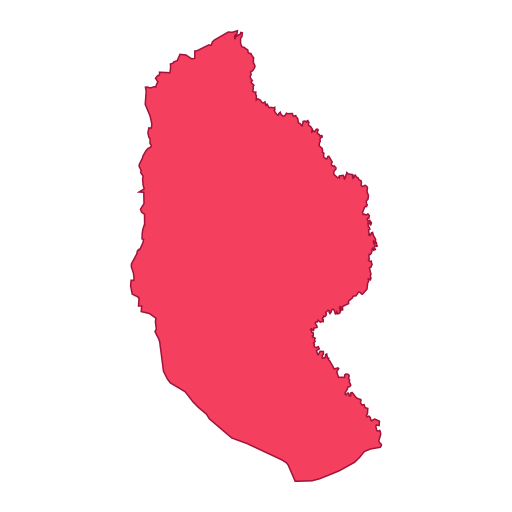 Na Pho, Buri Ram, Thailand (Equal Earth projection)
{"feature_id": "78962969B90341089131136", "entity_name": "Na Pho", "entity_type": "district", "adm_level": 2, "iso_a3": "THA", "parent_name": "Thailand", "parent_adm1": "Buri Ram", "projection": "equal_earth", "projection_center": [102.972, 15.699], "detail": "fine", "context": "isolated", "style": "filled", "palette": "rose", "viewbox_px": 512, "rotation_deg": 0, "n_neighbors": 0, "source": "geoboundaries", "source_scale": "gbopen_adm2", "svg_char_len": 6052}
<svg xmlns="http://www.w3.org/2000/svg" viewBox="0 0 512 512"><path d="M237.4,30.7L232.2,32.3L228.3,32.0L214.4,40.0L212.5,41.7L211.2,45.3L208.8,44.9L196.7,50.9L194.8,51.0L194.8,58.0L193.9,58.7L191.3,58.6L186.0,55.0L180.0,54.3L177.2,60.7L173.8,61.9L172.8,63.3L170.4,64.0L170.6,67.1L170.0,72.7L159.5,72.2L159.6,74.1L159.1,75.1L157.5,75.8L155.5,78.2L157.9,82.0L156.5,84.3L155.9,86.9L154.8,86.6L150.2,87.9L147.1,87.0L145.4,87.2L146.2,91.2L145.2,104.3L150.1,116.1L151.8,123.9L151.4,128.1L148.8,127.9L147.9,133.0L148.9,137.3L150.1,139.0L150.0,143.5L151.4,145.4L150.8,147.1L148.3,148.2L146.1,150.5L143.1,155.7L142.3,158.3L139.3,164.4L139.1,166.4L141.1,170.2L140.7,172.7L143.1,176.1L142.6,178.6L143.1,185.1L144.2,188.9L139.1,192.0L143.8,192.3L144.0,203.6L140.5,209.2L141.6,212.2L144.5,214.3L144.6,225.2L144.2,225.1L142.8,229.4L142.2,233.5L142.0,238.9L143.6,239.4L142.9,242.8L140.5,248.1L139.4,249.8L138.9,249.4L137.5,250.7L136.7,254.1L131.4,263.9L131.3,266.7L133.4,273.1L134.0,277.6L133.8,280.4L131.1,280.2L130.6,285.7L132.2,294.1L138.6,297.3L138.4,297.8L139.1,298.2L138.5,306.0L141.7,306.0L141.2,311.6L149.4,313.5L156.0,318.3L155.4,321.5L156.3,329.2L155.0,331.6L158.7,338.9L159.7,342.0L163.5,371.3L167.3,378.8L170.2,382.8L185.2,391.8L193.2,402.1L198.4,407.4L206.5,414.2L209.4,418.9L231.8,438.0L246.9,443.5L282.1,460.0L286.4,462.8L288.1,464.9L295.2,481.3L312.0,480.8L319.5,478.8L339.0,470.9L354.6,462.3L359.6,457.4L363.8,452.1L365.7,450.9L370.9,448.9L380.2,447.3L381.4,445.5L381.3,444.3L379.4,442.4L378.8,440.7L380.5,435.2L380.7,433.5L380.1,431.1L379.7,430.4L378.3,431.2L376.8,430.6L375.8,426.3L376.4,425.0L379.1,425.6L379.5,421.2L374.6,419.0L371.5,420.8L370.9,420.1L370.3,417.5L369.0,416.1L367.0,416.8L366.5,415.6L367.5,413.2L367.8,408.4L365.1,407.7L364.1,404.6L361.9,405.0L360.4,402.4L361.0,400.6L360.8,399.5L357.9,398.7L356.1,397.5L352.2,392.5L350.9,392.8L350.7,395.6L350.3,396.0L349.1,395.8L349.1,394.0L348.1,393.0L347.3,393.2L346.3,394.8L345.4,394.5L345.0,392.8L347.4,389.2L347.7,387.1L349.8,386.6L350.8,385.1L349.3,381.9L349.6,379.9L348.4,378.2L349.2,376.2L349.0,375.2L347.8,374.2L346.1,374.0L344.8,374.8L344.6,377.3L338.5,377.3L336.7,371.7L338.7,368.6L338.0,367.9L334.2,368.9L329.9,361.1L328.8,360.1L328.6,358.1L327.8,358.4L327.4,357.8L326.7,354.0L325.7,354.5L325.1,357.7L322.6,358.2L322.2,355.5L323.4,354.3L323.4,351.5L320.1,351.3L318.5,354.5L317.7,354.6L316.5,350.5L319.1,349.1L319.2,348.5L318.2,346.6L316.3,347.5L314.8,347.1L313.9,345.8L314.5,344.2L313.5,343.0L315.1,341.5L314.5,339.8L315.2,338.2L312.5,336.8L312.4,336.0L313.3,335.7L313.3,332.9L311.8,332.4L310.6,329.3L311.5,328.7L313.1,330.6L313.8,330.0L313.9,328.2L317.1,327.4L316.9,326.0L315.2,323.3L316.1,321.8L317.3,322.0L318.0,320.2L320.3,322.2L321.6,321.6L323.2,321.7L323.3,319.6L322.5,319.1L322.6,317.7L323.5,317.5L323.8,316.1L325.1,316.5L326.2,315.0L326.4,313.9L325.7,312.6L327.9,310.3L329.0,310.6L329.0,312.0L330.0,313.6L331.3,311.7L331.4,310.2L332.8,309.2L334.2,310.2L335.4,314.0L336.0,313.9L336.8,311.9L337.5,313.8L339.5,313.4L340.4,311.6L339.9,310.7L340.1,309.1L339.5,308.1L339.9,306.6L340.6,306.8L341.2,310.2L342.7,309.8L342.5,306.5L348.6,303.6L348.5,301.2L352.3,298.0L353.2,296.2L356.0,295.8L358.5,292.2L359.9,292.2L361.7,294.1L362.5,294.1L367.0,289.1L367.6,283.4L368.7,281.0L368.2,279.0L369.0,278.8L370.3,279.9L371.0,278.4L370.3,275.9L371.0,274.1L369.4,268.0L371.0,267.1L372.1,264.3L371.5,263.1L371.3,261.1L370.0,261.4L368.5,260.4L369.4,258.8L368.9,257.4L369.1,254.4L370.1,254.5L371.1,253.6L371.9,251.5L371.6,250.4L372.6,248.3L373.1,248.7L373.5,250.3L375.4,249.5L374.2,247.1L375.2,246.0L376.7,246.4L377.3,246.0L376.7,245.3L376.4,242.6L375.0,242.6L374.4,244.0L373.5,242.8L373.6,241.1L374.3,241.6L375.5,241.4L375.6,239.3L373.4,235.4L372.6,232.4L371.5,232.7L371.4,234.0L370.5,234.1L369.9,235.5L368.6,234.9L369.1,233.5L368.5,230.0L369.9,229.3L369.3,227.3L368.2,226.8L368.5,225.7L367.9,223.3L370.2,222.8L369.9,224.0L370.7,224.9L371.5,222.8L369.6,220.3L368.1,221.3L367.3,219.2L367.5,218.4L368.8,218.3L369.4,215.7L367.9,213.9L366.1,215.0L364.2,214.1L363.2,214.5L362.5,212.6L364.4,207.7L365.5,206.3L366.5,206.6L367.3,204.8L366.5,203.9L366.3,200.9L368.0,199.2L368.5,195.6L367.0,191.7L367.5,187.7L366.7,186.3L365.1,185.3L362.5,186.5L361.7,186.3L361.1,184.8L361.5,182.5L361.1,180.8L358.7,179.5L358.1,177.9L356.3,176.8L355.3,175.1L354.2,175.6L354.0,177.4L353.1,178.3L352.5,176.2L352.7,174.6L348.0,173.9L346.9,172.5L344.7,178.9L344.0,178.3L343.8,176.2L343.2,175.3L339.4,175.9L339.4,177.8L338.6,177.1L337.5,177.7L333.8,174.2L333.9,171.4L335.9,169.1L336.0,167.9L334.2,165.8L333.3,166.4L331.5,165.1L331.6,163.2L332.2,162.0L328.8,156.2L327.9,156.5L326.8,158.9L325.6,158.7L323.5,156.7L323.9,153.2L322.4,152.2L322.6,150.5L322.1,148.3L319.4,146.0L319.2,143.8L320.3,141.1L319.9,139.2L321.1,137.5L322.1,137.1L322.2,136.0L321.5,135.5L319.8,136.0L319.2,134.4L317.5,133.8L317.4,131.8L318.2,130.0L317.6,129.2L316.2,129.3L314.8,131.7L313.2,130.8L311.9,132.1L311.7,130.9L312.5,129.3L310.5,126.4L308.9,125.6L308.4,124.0L309.0,122.6L307.8,120.5L307.2,120.7L306.9,121.9L306.4,122.2L305.0,121.0L303.0,121.4L303.0,123.2L302.2,124.5L302.4,125.7L301.7,125.8L300.0,123.5L298.4,122.8L297.7,118.4L296.2,117.0L295.8,115.6L293.3,116.2L292.3,113.5L287.9,113.7L286.4,113.2L284.8,115.8L283.2,116.2L280.9,114.3L280.3,112.2L278.9,113.3L278.5,115.0L278.0,115.2L276.5,114.1L274.1,110.6L274.9,109.8L274.7,107.3L273.8,107.9L270.8,107.3L269.1,107.8L267.1,104.1L266.5,104.3L266.1,105.5L265.7,105.4L265.0,101.9L263.1,103.0L262.0,102.5L260.3,100.1L258.4,99.0L257.3,98.9L256.3,100.0L256.4,95.7L255.6,94.3L255.8,92.1L254.0,92.1L252.7,91.0L253.3,88.7L253.1,87.0L253.9,85.2L251.2,82.6L251.3,81.5L252.4,80.7L250.6,78.3L250.1,76.4L251.2,74.6L250.5,72.2L252.9,70.5L254.9,67.0L254.9,65.7L253.3,62.2L253.6,57.5L252.6,56.7L250.9,53.5L248.3,53.0L247.7,49.8L245.1,48.4L244.7,47.5L242.1,47.0L241.1,44.9L240.6,43.3L240.6,38.2L241.9,36.7L242.4,32.8L240.8,32.4L239.8,34.8L238.4,34.8L237.4,36.0L235.8,36.3L235.5,37.9L235.0,38.7L234.7,38.3L234.6,36.1L235.5,34.7L236.1,35.0L236.9,34.1L237.4,30.7Z" fill="#f43f5e" stroke="#9f1239" stroke-width="1.5"/></svg>